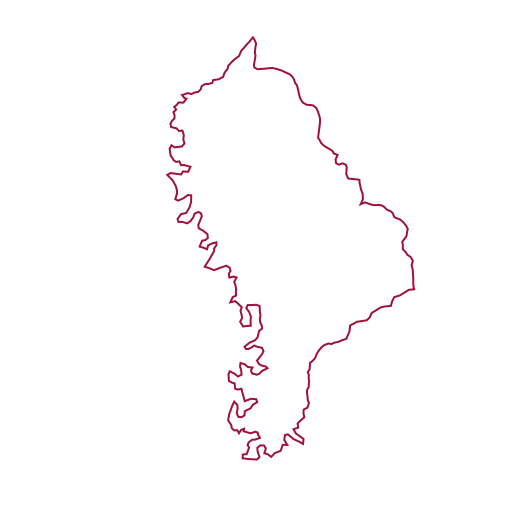 outline of Clevelândia, Paraná, Brazil, rotated 225°
{"feature_id": "56859067B10537536811182", "entity_name": "Clevelândia", "entity_type": "district", "adm_level": 2, "iso_a3": "BRA", "parent_name": "Brazil", "parent_adm1": "Paraná", "projection": "natural_earth1", "projection_center": [-52.368, -26.309], "detail": "fine", "context": "isolated", "style": "outline", "palette": "rose", "viewbox_px": 512, "rotation_deg": 225, "n_neighbors": 0, "source": "geoboundaries", "source_scale": "gbopen_adm2", "svg_char_len": 4830}
<svg xmlns="http://www.w3.org/2000/svg" viewBox="0 0 512 512"><g transform="rotate(225 256 256)"><path d="M286.7,221.1L284.7,212.1L280.5,214.3L275.5,216.4L273.0,222.4L270.1,228.1L266.3,229.1L263.6,227.5L262.6,224.3L259.6,221.9L257.4,225.5L254.6,227.1L253.1,222.3L250.1,220.9L246.8,218.7L245.1,216.7L242.1,213.8L243.4,210.5L241.4,205.1L238.7,209.4L236.0,209.6L229.9,209.7L228.1,206.2L223.9,203.8L221.9,202.1L220.7,198.3L215.3,197.0L212.4,200.8L210.4,202.9L214.1,206.4L216.8,209.6L221.0,211.5L226.0,212.3L227.2,215.4L224.3,218.4L221.3,221.7L218.0,223.2L214.0,219.4L210.9,217.2L208.4,213.8L206.2,212.1L202.7,210.8L200.4,209.0L200.8,205.2L197.4,199.7L197.1,195.7L199.3,190.1L199.9,183.7L197.6,183.1L195.7,184.7L194.6,187.7L194.0,191.4L191.3,192.5L186.9,195.3L183.5,194.1L182.3,191.1L181.4,182.8L177.3,181.7L174.4,182.6L171.1,184.7L168.5,184.8L170.5,178.9L170.4,175.1L171.5,172.6L175.7,170.2L178.6,171.4L179.6,174.7L183.2,171.8L187.6,171.4L191.3,169.4L189.3,166.7L185.8,164.8L182.3,161.9L183.6,158.0L188.1,157.6L193.0,155.9L191.8,152.9L186.8,148.5L183.3,149.5L181.1,150.8L176.8,147.4L174.3,148.8L172.5,151.8L161.3,145.4L158.6,151.4L154.6,154.9L151.8,153.4L153.1,148.4L152.1,144.6L154.2,138.3L151.5,135.3L152.2,131.9L154.7,129.8L158.6,131.3L161.2,135.2L164.0,137.5L168.4,137.6L166.9,133.3L163.2,125.4L161.1,122.2L159.5,120.1L154.2,119.0L151.1,117.1L148.1,117.3L146.0,119.6L142.7,118.6L143.5,122.2L142.3,125.4L140.8,123.3L134.5,126.8L132.2,131.3L129.9,132.3L127.8,131.0L124.6,130.2L126.9,125.4L128.8,123.4L129.4,118.8L128.2,116.3L125.4,115.7L124.2,113.0L122.5,109.3L125.0,106.3L122.5,103.5L117.6,107.2L111.4,112.8L111.4,116.3L116.6,118.9L119.4,121.3L119.1,125.1L116.3,127.7L113.0,126.9L110.6,122.4L108.0,124.0L103.2,124.7L103.3,130.0L100.8,135.7L103.6,141.3L100.3,144.6L105.9,145.9L108.9,149.9L107.4,152.4L99.8,153.1L94.4,155.2L89.9,156.4L93.1,160.3L102.1,158.7L107.0,160.0L104.8,164.5L108.2,167.0L108.1,172.2L107.8,176.1L111.3,178.4L113.7,181.2L112.4,185.1L114.5,189.4L117.4,190.6L120.0,192.9L123.4,195.5L125.3,197.6L126.0,200.6L127.9,202.5L129.8,205.0L132.0,206.5L134.9,209.5L137.3,210.5L137.9,213.7L142.2,218.6L141.8,221.7L142.0,225.5L144.0,230.2L144.7,233.8L145.1,237.4L144.9,240.6L143.0,245.3L140.3,247.1L139.4,250.0L137.0,253.6L135.6,257.3L133.6,261.3L136.6,268.8L140.3,273.4L139.1,277.3L138.2,280.7L132.2,288.9L132.2,293.3L133.9,297.5L131.4,308.0L129.4,311.1L125.4,316.1L127.6,320.0L129.2,324.6L126.4,329.8L124.0,340.2L120.6,344.3L122.7,345.5L125.4,347.8L128.7,351.1L135.6,357.2L139.5,359.6L141.7,363.6L146.0,364.6L150.1,363.9L152.9,364.6L157.0,364.6L160.1,367.8L162.6,369.4L163.6,376.4L166.0,379.6L167.9,382.5L171.1,383.5L175.6,384.0L179.8,383.7L185.5,381.3L189.9,383.0L192.8,382.8L195.7,381.4L200.7,381.3L203.6,380.3L206.0,378.3L208.1,375.7L210.4,374.1L216.9,370.9L218.6,366.6L220.4,371.5L224.3,375.2L229.1,377.5L234.9,381.3L236.8,383.0L239.8,380.7L245.5,376.0L250.0,377.6L254.9,383.2L257.3,384.0L260.4,382.6L261.9,379.3L264.9,378.2L267.9,380.4L269.8,385.2L273.4,383.5L276.0,384.3L279.1,383.8L282.2,382.9L286.4,382.0L290.2,382.0L293.1,383.1L295.7,383.5L298.0,386.4L300.9,390.2L303.9,394.1L306.1,396.7L308.0,398.5L311.3,400.4L314.3,401.9L318.2,403.3L322.0,402.9L324.1,401.4L326.8,398.9L331.1,397.6L334.7,398.2L337.4,399.3L339.9,400.8L342.7,402.6L345.7,404.5L348.2,405.8L350.6,406.0L353.9,407.6L356.8,408.5L360.4,408.4L364.9,406.7L368.5,405.5L370.7,404.4L373.5,403.0L377.5,400.4L380.0,397.5L382.7,394.1L387.1,389.1L390.4,388.1L392.4,389.5L393.9,391.5L396.2,394.9L398.1,397.4L400.5,398.9L403.6,402.6L406.1,406.2L409.9,407.8L412.8,408.4L412.2,403.0L412.1,398.2L411.6,394.0L411.7,391.2L409.4,385.3L410.2,380.3L410.4,376.1L410.1,370.8L408.5,368.5L407.9,363.6L405.9,359.3L407.3,354.6L410.7,350.1L409.3,347.6L411.1,344.3L413.7,341.3L414.5,337.7L412.9,334.6L412.9,331.1L415.1,328.1L416.1,324.9L419.3,323.1L422.1,317.5L418.5,317.1L416.4,318.0L415.8,313.1L419.3,309.8L418.9,306.9L419.2,303.6L416.0,303.1L416.1,299.3L413.2,298.0L411.0,295.7L410.9,292.1L410.1,289.1L407.2,287.2L402.4,290.1L398.8,289.9L396.7,292.7L392.4,290.3L389.9,287.1L386.1,285.0L385.9,281.0L390.3,275.3L394.1,274.5L393.0,270.9L390.9,269.2L387.6,266.8L384.2,266.1L382.0,265.5L379.0,266.1L377.1,268.7L373.2,267.2L371.3,269.4L365.4,272.7L363.5,267.6L367.4,264.2L366.6,260.7L375.1,254.2L376.1,250.6L371.3,250.6L368.7,250.6L362.4,248.8L359.0,247.0L356.2,244.6L353.2,239.1L350.3,240.0L348.2,245.2L347.3,250.8L344.7,253.1L339.9,248.1L337.4,243.3L335.8,237.0L338.6,232.7L337.7,226.7L334.9,225.3L331.9,228.2L327.7,230.5L327.0,234.4L327.7,239.0L329.4,242.6L327.8,246.5L325.1,247.2L322.5,245.9L320.9,242.3L318.7,237.0L316.0,235.1L311.2,236.5L305.8,237.1L302.8,234.7L303.1,231.4L304.9,228.8L303.6,225.4L302.5,222.8L298.8,224.8L295.4,226.1L297.4,229.7L295.8,234.1L293.7,237.6L291.7,235.8L290.9,231.7L289.1,229.9L286.7,221.1Z" fill="none" stroke="#9f1239" stroke-width="2"/></g></svg>